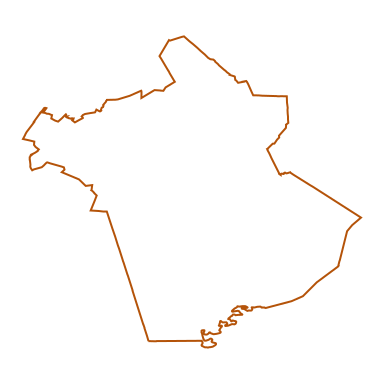 the district of Stradu pag., Gulbene, Latvia
{"feature_id": "27541924B17410548026039", "entity_name": "Stradu pag.", "entity_type": "district", "adm_level": 2, "iso_a3": "LVA", "parent_name": "Latvia", "parent_adm1": "Gulbene", "projection": "equal_earth", "projection_center": [26.834, 57.111], "detail": "fine", "context": "isolated", "style": "outline", "palette": "amber", "viewbox_px": 384, "rotation_deg": 0, "n_neighbors": 0, "source": "geoboundaries", "source_scale": "gbopen_adm2", "svg_char_len": 5796}
<svg xmlns="http://www.w3.org/2000/svg" viewBox="0 0 384 384"><path d="M288.3,122.9L288.0,119.4L288.0,116.6L287.7,113.8L287.5,110.0L287.7,107.8L287.0,102.6L286.8,96.3L281.1,96.2L278.1,96.3L276.4,96.1L262.2,95.7L258.6,95.4L253.2,95.3L251.6,91.9L248.2,84.2L246.9,81.8L246.2,81.0L243.2,81.6L243.4,81.8L238.1,82.8L236.3,80.6L235.2,79.8L235.2,79.3L234.8,76.6L234.5,76.4L230.0,75.0L230.1,74.9L229.8,74.3L227.0,72.3L225.2,70.5L224.7,70.3L218.8,65.2L218.3,64.4L215.1,61.6L215.0,61.0L213.4,59.6L210.3,59.2L208.9,58.3L208.3,58.0L204.4,54.1L204.2,54.0L200.7,51.0L197.3,47.8L192.3,43.5L192.1,43.4L189.5,41.3L184.0,36.4L181.8,36.9L170.4,40.5L170.1,40.6L169.6,40.5L169.0,40.1L159.5,56.1L161.1,58.6L168.2,70.6L168.3,70.6L169.0,71.8L169.7,73.3L173.8,80.2L174.8,81.8L165.6,87.4L163.4,90.8L160.5,90.6L160.4,90.5L154.5,90.1L141.4,98.0L141.5,92.4L141.4,91.0L141.2,90.7L129.7,95.8L117.9,99.4L115.4,99.7L107.0,99.9L107.0,100.2L106.2,100.8L106.0,101.4L106.0,101.6L105.6,102.2L104.5,103.4L103.1,105.1L103.5,105.8L103.0,107.1L101.7,107.7L100.9,110.0L101.3,110.5L101.2,110.7L100.1,111.4L99.8,111.4L99.3,111.2L96.4,109.6L95.1,112.3L94.9,112.4L90.2,113.1L85.0,114.0L82.8,115.1L82.6,115.4L81.7,116.4L82.3,116.9L82.3,117.3L82.8,117.7L82.8,118.1L79.0,120.1L74.9,122.4L72.3,120.4L73.1,119.6L73.5,118.9L73.6,118.5L71.8,118.7L71.9,118.3L71.6,118.3L71.0,118.6L70.3,118.5L68.8,118.2L68.7,118.0L68.4,117.8L67.4,117.7L67.1,117.4L66.7,117.3L66.3,117.0L66.3,116.8L66.7,116.5L65.9,116.6L65.5,115.5L65.9,115.3L66.1,114.5L65.9,114.3L64.6,115.5L62.1,118.1L58.1,121.6L55.1,120.6L51.3,118.5L52.0,115.1L51.3,114.9L48.8,113.8L46.8,113.7L45.3,113.0L43.2,112.6L46.1,108.6L45.5,108.4L45.9,108.0L45.0,107.8L44.1,108.1L41.8,111.3L41.6,111.3L40.9,112.1L40.6,112.3L40.2,112.8L40.5,112.9L38.5,115.4L33.8,121.9L34.2,122.1L26.7,131.9L25.6,133.8L24.9,135.4L23.0,139.0L29.4,140.4L34.3,141.6L34.0,144.9L35.6,147.0L38.8,149.4L37.4,151.0L37.5,151.1L37.0,151.5L34.6,153.0L32.3,154.1L32.6,154.2L32.0,154.7L30.8,155.7L30.6,155.6L30.3,156.1L30.2,156.5L29.9,157.2L29.7,157.3L29.7,159.4L29.8,159.4L29.9,160.2L30.4,164.4L30.3,166.8L30.6,167.7L31.0,168.5L32.2,170.3L33.9,169.4L41.8,167.2L44.1,165.2L44.4,164.8L46.4,162.8L46.8,162.5L47.4,162.4L50.0,163.3L61.7,166.6L63.9,167.4L64.5,169.6L64.4,169.8L61.8,172.2L79.0,179.4L85.7,185.9L92.2,185.1L91.5,190.2L91.4,190.3L92.3,190.9L94.2,192.8L94.2,193.1L96.7,195.5L94.5,201.2L92.9,205.1L90.7,210.5L98.7,211.0L103.0,211.5L106.8,211.5L112.6,229.2L112.7,229.4L114.4,234.4L115.1,236.4L117.9,245.4L119.1,248.7L122.7,260.0L122.8,260.4L123.1,261.4L123.5,262.3L127.5,274.8L127.7,275.1L132.6,290.4L132.5,290.6L143.2,324.3L143.3,324.3L144.5,327.7L144.4,327.9L147.0,335.9L148.5,341.1L148.4,341.1L156.1,341.3L156.5,341.1L201.3,340.8L201.2,341.0L201.9,341.3L202.3,341.8L202.6,342.6L202.6,343.1L202.4,343.7L201.7,344.7L201.6,345.0L201.6,345.4L201.9,345.9L203.5,346.6L204.5,347.2L205.1,347.3L206.8,347.3L207.9,347.6L209.2,347.2L210.1,347.2L212.7,346.7L215.2,345.2L215.8,344.6L216.0,344.2L216.0,343.7L215.7,343.2L215.4,343.1L212.3,342.3L211.7,341.8L211.6,341.4L211.7,341.0L212.3,340.1L212.3,339.6L212.0,339.2L211.0,338.6L210.2,338.7L208.6,339.8L206.5,340.5L205.9,340.7L204.9,340.7L204.6,340.6L204.2,340.4L203.2,338.2L202.4,335.4L202.1,333.6L201.6,332.6L201.5,332.2L201.6,331.6L201.5,330.9L201.7,330.6L202.1,330.3L203.7,330.2L204.3,330.3L204.4,330.6L204.4,331.0L203.8,332.2L203.7,333.2L203.9,334.0L204.1,334.2L205.0,334.5L206.4,334.6L207.2,334.4L208.7,333.4L208.9,333.2L209.0,332.7L209.4,332.4L210.2,332.5L210.7,333.1L211.3,333.5L212.5,333.8L213.0,334.1L213.8,334.2L216.7,333.8L219.5,333.1L220.4,332.7L220.7,332.2L220.6,331.7L219.3,330.4L219.3,330.2L220.7,327.9L220.9,327.3L221.8,326.7L221.9,326.4L221.9,326.0L221.7,325.8L221.2,325.7L219.2,325.9L218.9,325.5L219.4,324.6L219.5,323.8L219.9,322.9L220.0,321.9L220.2,321.2L220.3,321.1L220.8,321.0L222.0,322.0L222.7,322.4L226.3,322.3L226.7,322.6L227.2,323.4L227.2,323.8L227.1,324.1L226.2,324.9L225.3,325.2L225.2,325.3L225.2,325.6L225.3,325.9L225.5,326.0L228.0,325.7L229.4,325.2L231.7,324.2L232.3,324.1L234.3,324.3L234.6,324.3L235.3,323.9L235.6,323.7L236.1,322.7L236.2,321.7L235.9,321.3L235.3,321.1L234.1,320.9L232.8,320.5L232.5,320.6L231.9,321.2L231.5,321.3L231.1,321.1L230.2,319.6L229.9,319.3L229.6,319.2L228.6,319.1L228.3,319.0L228.4,318.6L228.6,318.3L229.7,317.5L231.1,316.2L232.1,315.8L232.4,315.2L233.0,314.5L233.8,314.5L234.7,314.6L235.5,315.2L238.1,314.9L240.0,314.9L241.0,314.7L241.7,314.8L242.2,314.7L242.3,314.5L242.2,314.3L240.6,313.3L239.9,312.4L239.0,311.2L238.7,311.1L237.8,310.8L234.1,311.4L233.0,311.7L232.3,311.6L232.1,311.5L232.0,311.3L232.1,310.7L234.7,308.4L235.5,308.1L237.1,307.0L237.3,306.8L237.5,306.3L237.8,306.3L239.0,306.6L240.0,306.5L242.7,306.1L244.9,306.1L245.7,306.3L247.3,307.2L247.5,307.4L247.4,307.6L247.1,307.8L246.5,307.9L244.5,308.0L243.3,307.8L242.2,307.8L241.7,308.0L241.8,308.6L242.2,308.8L244.2,309.0L247.2,310.8L247.6,310.9L248.6,310.5L249.0,310.5L251.0,310.6L251.6,310.4L252.2,309.5L252.3,309.1L252.3,308.8L251.8,307.8L251.7,307.4L251.8,307.3L252.6,307.3L254.5,307.5L257.3,306.8L260.3,306.6L260.8,306.8L261.5,307.5L261.9,307.5L262.6,307.4L262.9,307.6L264.1,307.4L264.5,307.7L265.3,307.8L265.7,308.0L291.5,301.2L302.9,296.2L316.8,282.3L338.2,266.4L338.3,266.2L338.2,266.2L339.4,261.3L339.8,260.3L347.1,231.2L352.2,225.1L361.0,217.6L312.6,186.6L310.5,185.4L293.4,174.7L290.3,172.6L290.2,172.3L289.4,172.5L287.7,173.1L286.7,173.3L286.1,173.3L285.3,172.7L284.6,172.7L284.1,173.0L284.0,173.7L283.5,174.0L282.8,173.9L281.9,173.6L281.1,173.8L280.8,174.0L280.7,174.3L280.7,175.0L279.1,173.9L278.9,173.1L279.0,173.1L271.5,158.2L270.2,155.3L269.2,153.2L267.7,150.5L267.2,149.2L267.7,149.2L268.0,148.3L272.7,143.7L274.4,143.6L277.1,139.6L279.2,137.5L279.0,135.7L285.9,127.9L286.1,125.5L286.0,124.7L288.3,122.9Z" fill="none" stroke="#b45309" stroke-width="2"/></svg>